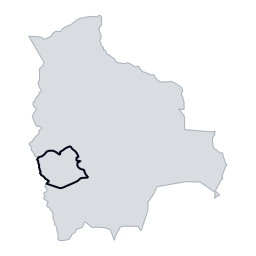 Oruro highlighted on a map of Bolivia
{"feature_id": "BOL-1937", "entity_name": "Oruro", "entity_type": "Department", "adm_level": 1, "iso_a3": "BOL", "parent_name": "Bolivia", "parent_adm1": "", "projection": "albers", "projection_center": [-67.639, -18.613], "detail": "medium", "context": "in_parent", "style": "outline", "palette": "ink", "viewbox_px": 256, "rotation_deg": 0, "n_neighbors": 0, "source": "natural_earth", "source_scale": "10m", "svg_char_len": 5107}
<svg xmlns="http://www.w3.org/2000/svg" viewBox="0 0 256 256"><path d="M31.5,150.4L31.0,146.5L30.3,145.5L29.3,144.9L29.0,144.1L29.3,143.2L31.3,141.6L32.4,141.3L32.6,140.5L36.2,135.8L37.3,134.8L38.6,134.1L39.1,133.6L38.8,131.9L38.9,130.7L39.4,130.0L41.8,128.6L42.0,128.3L41.9,127.9L40.9,127.0L38.7,126.3L37.2,126.4L35.8,125.1L32.9,118.1L32.4,116.5L32.4,115.8L34.3,112.3L36.4,109.5L36.2,108.9L33.8,106.1L33.0,104.8L33.3,102.0L34.7,101.1L35.3,98.6L35.9,98.1L37.2,96.4L39.0,94.8L39.1,92.8L39.6,92.3L41.2,91.7L41.3,91.2L41.0,89.9L40.2,88.6L39.6,87.9L38.7,84.6L37.9,82.9L38.8,81.4L39.4,79.7L39.5,77.7L39.4,69.2L41.2,67.0L42.1,66.6L43.0,65.9L43.0,64.5L44.3,62.7L28.9,36.4L34.9,36.4L41.3,37.3L42.4,37.9L42.7,38.8L43.4,39.2L45.2,38.9L50.5,36.6L51.2,35.9L53.0,33.4L54.5,32.0L55.9,31.5L58.5,31.3L59.4,31.7L60.5,31.6L61.4,30.2L62.8,28.6L65.7,26.7L67.1,26.1L68.0,25.4L69.5,25.3L70.9,24.6L77.4,19.7L80.0,18.4L83.1,17.9L85.4,17.2L91.2,16.5L94.9,16.3L96.1,17.0L97.4,16.8L98.6,15.7L99.5,15.4L100.2,15.4L101.2,16.7L101.7,18.1L101.3,19.2L101.4,20.8L101.8,22.8L101.5,24.6L99.4,27.9L99.2,28.9L99.3,30.2L99.9,32.4L101.0,35.5L101.2,37.7L100.4,39.2L100.0,40.4L100.0,41.5L100.3,42.2L100.8,42.6L101.1,43.5L101.1,44.8L101.8,46.0L103.1,47.2L103.6,48.3L103.3,49.4L103.4,50.1L103.7,50.4L104.6,49.9L105.0,50.0L105.9,51.5L106.4,53.0L106.6,54.0L109.3,55.0L112.9,58.0L114.6,58.8L116.1,62.1L118.9,62.8L124.2,63.7L126.7,62.8L128.4,63.0L130.1,63.7L134.1,66.5L135.7,67.0L136.9,66.4L138.0,66.1L138.8,66.5L139.6,68.8L142.6,71.4L143.7,72.2L145.0,72.2L150.6,74.7L152.1,74.9L153.5,74.8L154.5,75.3L154.8,76.7L157.3,79.6L158.4,80.7L159.8,81.7L163.4,81.8L164.4,82.1L171.7,81.5L174.4,82.8L181.1,87.0L182.4,89.6L182.6,91.0L182.2,92.4L181.6,92.9L181.3,93.8L181.5,95.1L182.6,96.4L183.4,100.5L184.0,101.3L184.1,109.4L178.9,109.3L179.8,110.1L184.3,116.1L184.8,129.6L211.8,131.9L212.4,131.9L214.5,131.3L215.0,131.3L214.7,134.8L212.6,137.5L212.4,138.3L212.5,141.9L213.1,144.9L213.3,147.5L214.0,148.4L216.3,149.9L219.7,152.7L221.1,153.1L222.3,152.8L222.9,153.9L223.0,155.6L225.7,163.5L226.2,164.5L227.1,165.1L226.9,165.5L226.1,165.6L225.7,166.2L221.7,176.9L222.6,176.9L222.7,179.1L221.6,179.2L221.3,179.7L215.3,190.8L219.5,195.0L219.0,195.7L216.8,196.2L215.6,197.8L214.5,197.9L215.0,195.1L214.8,192.6L214.5,192.0L200.2,182.1L185.4,181.7L160.9,186.0L156.9,186.6L154.1,193.5L148.0,202.0L147.8,210.7L141.2,230.5L139.8,229.2L138.7,227.3L138.4,226.4L125.0,226.1L124.4,226.5L123.4,226.5L122.7,226.1L122.1,226.1L121.1,226.5L120.2,227.2L115.4,236.2L114.7,239.5L114.4,240.0L113.7,238.9L111.4,232.2L110.1,229.7L108.6,228.9L104.0,227.6L95.6,227.2L93.0,227.4L91.6,227.2L90.2,225.9L87.1,223.4L86.4,222.7L85.2,222.1L84.5,222.1L84.1,222.6L82.8,226.4L82.2,227.4L77.8,228.9L76.6,229.1L76.0,230.0L75.7,231.3L75.2,232.4L72.2,234.1L71.5,234.8L71.1,236.5L68.9,239.5L62.8,240.6L60.8,240.6L59.4,240.4L58.1,239.5L57.9,237.9L58.1,236.2L58.0,233.8L56.9,231.1L57.0,230.2L56.9,228.9L56.3,226.4L54.9,225.1L54.3,221.2L53.1,218.9L52.9,213.4L49.1,207.4L47.5,207.0L47.1,206.6L47.0,205.7L47.0,203.5L48.3,201.9L44.1,199.0L43.8,198.3L43.8,197.6L45.0,196.5L44.2,195.0L44.3,193.7L43.8,193.1L43.9,192.7L44.3,192.3L46.4,191.9L47.0,190.6L47.0,189.5L46.7,188.7L44.8,186.7L44.8,186.4L48.5,181.4L48.4,181.0L48.1,180.5L46.0,179.1L43.7,176.8L42.1,175.6L40.9,174.4L40.3,173.5L40.1,170.8L39.3,168.1L38.2,161.7L37.3,159.3L38.2,158.1L38.1,157.7L34.5,155.9L33.8,153.0L31.5,150.4Z" fill="#d9dde1" stroke="#a8b0b8" stroke-width="1"/><path d="M40.0,173.1L40.4,172.4L40.6,172.1L40.6,171.7L39.6,169.6L39.7,169.4L39.7,169.1L39.7,168.9L39.2,168.0L39.0,167.2L39.1,166.3L39.2,165.5L39.2,165.1L39.0,164.7L38.4,163.7L38.4,163.4L38.4,162.5L38.1,161.6L38.1,160.9L37.9,160.6L37.4,160.1L37.1,159.3L37.6,158.8L38.2,158.3L38.3,157.5L39.7,156.9L41.8,156.3L42.6,155.8L44.0,154.7L44.6,154.2L46.0,152.4L46.9,151.6L47.1,151.5L48.1,151.0L48.7,150.8L50.6,150.7L53.2,150.8L53.7,150.9L55.0,151.6L55.9,152.0L59.1,154.4L59.5,154.5L59.7,154.4L60.0,154.2L60.3,153.6L60.3,153.3L60.0,152.7L60.0,152.3L60.0,152.1L60.4,151.8L63.1,150.1L65.4,148.4L67.4,147.3L67.7,147.1L69.9,146.5L70.2,146.5L70.6,146.7L71.0,147.0L71.2,147.3L71.4,147.8L71.7,148.2L72.1,148.7L72.5,149.1L75.2,151.2L75.4,151.5L76.3,152.5L77.5,154.5L78.4,156.7L78.3,157.0L77.9,157.3L76.6,157.7L76.5,158.0L76.4,159.6L76.4,160.0L76.6,160.4L76.9,160.6L77.4,160.9L77.6,160.9L78.3,160.9L78.7,160.8L79.2,161.0L79.7,161.0L80.1,161.2L79.7,161.6L79.2,161.9L78.5,162.2L78.1,162.5L77.7,162.7L77.5,163.0L77.5,163.9L77.3,164.9L77.3,165.3L77.5,165.7L78.1,167.0L78.3,167.3L78.5,167.4L79.9,168.5L80.3,168.8L81.8,169.3L82.8,169.5L83.6,169.8L83.9,170.0L84.1,170.2L84.1,170.4L84.9,172.8L85.5,174.0L86.3,175.1L87.5,176.5L87.8,177.0L87.7,177.3L87.5,177.5L87.3,177.5L86.9,177.6L81.5,178.0L81.1,178.1L80.4,178.5L78.4,180.3L77.3,181.2L76.6,181.5L73.2,183.1L63.3,187.4L61.1,188.1L60.2,188.1L58.8,187.8L51.4,185.3L46.7,183.7L47.8,182.1L48.0,181.8L48.7,181.5L48.8,181.4L48.7,181.1L48.4,180.7L48.0,180.4L46.3,179.2L45.7,179.0L45.3,178.7L44.7,177.7L44.3,177.3L42.8,175.9L42.3,175.6L41.5,175.3L41.3,175.2L41.1,174.9L40.7,174.0L40.4,173.5L40.2,173.3L40.0,173.1Z" fill="none" stroke="#020617" stroke-width="2"/></svg>